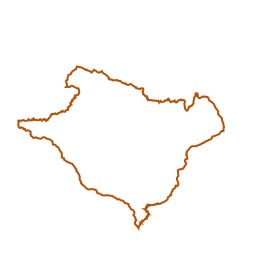 the district of Samoeng, Chiang Mai, Thailand, rotated 137°
{"feature_id": "78962969B23255460238511", "entity_name": "Samoeng", "entity_type": "district", "adm_level": 2, "iso_a3": "THA", "parent_name": "Thailand", "parent_adm1": "Chiang Mai", "projection": "natural_earth1", "projection_center": [98.669, 18.902], "detail": "fine", "context": "isolated", "style": "outline", "palette": "amber", "viewbox_px": 256, "rotation_deg": 137, "n_neighbors": 0, "source": "geoboundaries", "source_scale": "gbopen_adm2", "svg_char_len": 5833}
<svg xmlns="http://www.w3.org/2000/svg" viewBox="0 0 256 256"><g transform="rotate(137 128 128)"><path d="M75.3,116.4L79.1,117.7L78.8,118.5L79.1,119.3L78.4,121.0L78.4,121.8L79.3,122.1L80.3,121.3L81.1,122.1L82.0,122.4L82.1,122.9L83.3,122.7L84.4,123.2L85.6,124.5L85.7,125.1L86.1,124.7L86.3,125.4L87.4,125.9L87.8,125.7L87.2,127.3L88.7,128.2L89.2,129.5L90.3,130.1L90.6,130.9L91.3,131.2L91.6,132.1L92.3,132.5L92.5,133.1L94.3,134.6L94.3,135.8L93.7,136.7L93.3,136.3L93.0,137.0L93.3,137.9L92.7,138.3L93.6,139.1L93.3,140.0L93.8,140.6L93.5,141.5L93.9,142.6L92.7,143.8L92.6,144.6L92.0,144.6L90.3,145.9L90.2,147.1L91.5,148.1L92.7,148.1L93.0,148.4L93.6,150.0L94.3,150.5L94.7,151.7L94.4,152.2L95.0,152.5L94.8,153.7L95.6,155.4L95.6,157.5L96.6,158.9L97.4,158.8L98.6,159.4L98.9,160.2L99.4,160.5L99.3,162.1L100.3,162.6L100.4,164.0L101.3,164.8L101.6,167.8L102.8,168.8L103.3,170.7L104.0,170.7L105.0,171.9L106.8,173.3L106.8,174.6L108.4,176.0L108.5,177.5L107.9,177.6L107.5,178.8L108.1,183.1L108.8,184.9L108.7,186.2L108.3,187.4L110.9,187.9L111.5,188.3L112.3,189.8L112.5,191.7L113.2,193.7L114.2,193.4L115.3,193.8L116.3,193.2L116.8,193.4L117.3,196.2L118.2,197.2L118.5,199.2L119.5,199.5L119.7,201.2L120.8,204.1L123.3,207.7L123.7,207.9L125.4,206.5L126.5,206.9L127.9,206.9L128.9,207.3L131.7,207.2L133.1,206.4L135.5,207.4L138.3,205.7L139.3,204.6L141.3,204.7L142.0,203.6L142.8,201.4L144.2,200.5L145.3,200.3L142.5,197.7L140.7,197.5L140.2,197.1L139.4,195.3L138.3,191.8L137.2,190.7L138.6,188.2L139.6,187.1L141.7,186.3L142.1,186.8L143.0,186.7L144.7,188.0L145.2,187.6L145.2,186.8L145.8,185.9L147.0,186.0L147.4,186.8L147.9,186.4L148.7,186.3L149.7,186.3L150.2,186.6L150.6,186.3L150.5,185.5L153.0,185.6L152.9,185.2L153.6,184.1L153.6,183.6L155.0,184.1L155.2,183.7L156.4,183.9L157.6,183.5L158.1,184.1L158.4,183.9L158.3,183.3L158.9,182.5L159.7,182.2L161.2,183.3L163.0,182.8L164.1,184.3L164.3,185.3L165.3,184.9L165.9,185.7L166.4,185.5L167.4,185.7L168.8,186.6L170.3,186.4L171.2,187.2L171.4,188.5L173.0,188.9L173.7,189.8L174.1,189.7L174.3,190.3L175.6,190.1L177.3,189.1L179.6,189.3L180.6,188.6L181.3,189.0L181.9,188.7L183.1,189.0L183.2,189.7L182.6,190.4L182.8,191.4L183.6,191.4L183.9,192.1L184.6,192.3L185.9,191.9L186.2,194.4L187.4,194.4L188.7,195.0L189.1,196.0L190.4,197.2L190.5,198.7L191.1,198.1L191.4,198.2L191.3,198.8L191.8,199.8L193.2,199.1L193.9,200.1L194.7,200.6L194.7,202.2L196.1,201.8L198.5,203.4L198.9,205.0L199.9,205.3L200.3,205.9L201.8,206.3L202.4,207.7L203.0,208.0L203.5,208.0L204.3,206.5L206.0,205.3L206.9,203.9L207.3,202.9L207.3,202.0L206.9,201.6L205.9,201.5L204.9,199.8L205.3,198.7L204.1,197.8L204.7,195.8L202.7,194.4L201.8,192.5L202.0,191.2L203.6,190.2L203.7,189.1L204.3,188.2L203.9,187.1L204.0,185.2L201.6,183.9L201.2,182.3L198.8,179.4L196.7,179.3L195.9,178.8L195.3,177.9L195.0,176.4L192.9,172.6L192.5,171.0L192.7,169.2L194.1,167.4L194.1,166.8L193.0,165.8L192.6,165.0L192.8,163.1L192.2,161.3L192.9,159.3L193.6,154.7L196.4,151.8L196.2,150.7L195.5,149.5L196.4,148.4L195.9,146.7L195.8,145.5L195.0,143.3L194.3,142.4L194.2,141.3L193.3,140.1L193.2,139.0L193.7,136.9L193.5,135.8L194.1,134.4L194.1,132.7L195.2,131.6L195.1,129.4L195.8,127.0L196.8,124.9L197.6,124.4L198.7,122.6L199.0,120.6L200.1,119.5L199.8,118.5L200.0,118.0L199.6,114.7L199.5,111.3L198.5,109.6L196.2,108.1L195.1,106.8L194.4,105.3L193.8,104.9L193.9,103.1L194.7,102.1L194.6,100.8L193.3,99.1L192.9,96.6L190.7,94.1L189.9,93.8L189.0,93.0L185.8,88.8L185.4,86.6L184.5,84.6L184.4,82.8L182.8,81.9L182.6,79.9L181.3,78.4L181.2,76.9L181.5,75.6L179.5,72.0L180.7,70.4L180.6,68.9L181.2,66.5L180.3,64.4L180.6,62.2L181.7,61.2L183.4,60.7L183.7,57.6L184.6,56.4L184.8,54.9L186.5,54.7L186.8,54.2L187.5,54.1L188.0,53.4L188.5,52.5L188.2,51.2L188.6,48.0L187.9,48.9L187.2,48.3L185.3,49.0L185.4,49.3L184.9,49.6L183.8,49.3L183.5,50.1L183.1,49.2L183.0,49.7L182.2,50.2L181.4,50.3L181.2,50.0L180.8,50.4L180.4,49.5L177.5,49.9L177.1,49.4L176.4,49.7L175.8,49.0L174.9,50.5L174.3,50.4L174.0,50.0L173.5,50.1L173.3,50.4L173.0,50.1L172.5,51.0L172.0,51.2L171.3,50.3L171.1,50.7L171.5,51.7L171.0,53.1L170.4,53.4L170.7,54.1L171.3,54.1L171.4,53.8L171.7,54.4L171.0,55.1L171.2,55.6L170.7,56.1L171.2,57.3L170.4,56.7L169.3,57.5L169.2,57.2L168.9,57.5L168.5,56.9L167.8,57.0L167.2,58.3L166.1,58.3L165.9,58.6L165.5,58.2L165.7,57.0L165.5,56.5L164.4,56.8L163.2,55.3L162.7,55.3L162.3,54.7L161.0,53.9L160.3,53.9L160.2,53.5L158.9,52.8L158.7,52.3L158.2,52.2L157.9,52.7L157.6,52.7L157.2,51.4L155.9,50.4L153.9,50.2L152.3,49.3L147.8,48.8L146.2,50.0L145.6,50.1L144.3,49.6L143.0,50.2L142.2,49.5L140.1,51.4L138.2,51.5L137.3,52.6L135.9,52.1L133.6,52.2L132.7,53.4L132.1,53.2L131.2,51.9L130.6,51.8L129.1,52.8L127.1,57.4L126.3,58.1L123.8,58.6L120.5,63.1L119.1,62.9L117.6,62.0L117.2,61.3L116.1,61.2L115.6,60.7L112.8,61.3L112.2,61.7L110.5,61.8L109.3,62.5L109.3,64.6L108.6,65.4L107.2,65.9L106.0,65.1L105.5,65.2L104.3,66.8L104.0,68.3L102.9,68.6L102.4,69.8L99.9,70.9L98.7,70.8L95.3,71.3L93.5,70.9L90.5,68.2L87.0,67.1L85.9,66.3L84.1,66.3L82.5,65.4L80.4,65.4L78.7,64.4L76.7,64.2L76.1,63.6L74.7,63.3L74.0,63.3L72.6,64.1L71.8,64.1L70.6,63.3L65.9,61.5L64.6,61.4L62.3,62.0L61.3,61.7L60.5,60.7L60.2,60.7L57.8,63.1L56.8,63.4L56.3,65.0L55.0,66.7L54.0,69.5L52.6,71.1L52.8,74.3L52.6,76.9L50.6,78.6L50.1,83.3L48.8,87.3L49.4,91.4L49.9,92.5L48.8,94.9L49.0,95.8L48.7,96.5L49.1,96.6L50.3,98.6L51.3,99.0L51.9,100.2L55.0,100.7L55.7,101.4L55.7,103.8L55.1,103.9L55.2,104.7L54.6,104.6L54.4,104.9L54.7,105.7L53.8,105.9L54.1,106.6L54.9,107.2L56.0,106.4L56.4,105.6L59.2,105.0L60.0,104.1L62.5,102.4L63.1,101.5L63.7,101.1L65.0,101.2L66.2,100.7L67.5,101.6L68.1,101.3L69.4,101.9L69.7,101.8L70.1,101.0L72.9,100.3L73.3,100.9L73.4,101.5L72.8,103.8L71.2,105.8L70.3,107.4L68.9,107.9L67.9,109.4L68.5,111.0L69.3,111.1L69.9,111.9L69.8,112.5L70.4,112.6L70.8,113.2L71.5,113.2L72.6,114.0L74.1,113.4L75.4,113.8L75.6,114.5L75.3,114.9L76.0,115.7L75.3,116.4Z" fill="none" stroke="#b45309" stroke-width="2"/></g></svg>